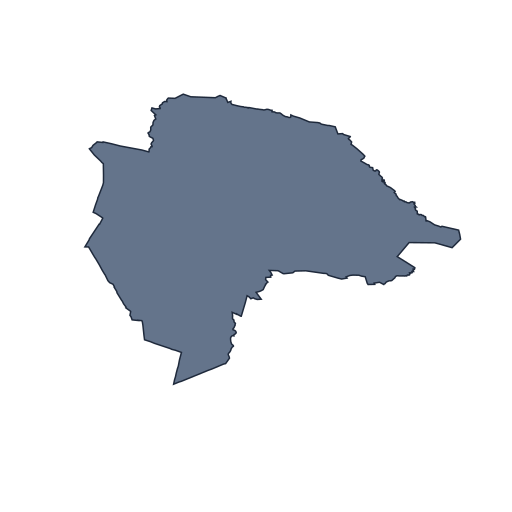 outline of Stāmerienas pag., Gulbene, Latvia, rotated 17°
{"feature_id": "27541924B77820831407347", "entity_name": "Stāmerienas pag.", "entity_type": "district", "adm_level": 2, "iso_a3": "LVA", "parent_name": "Latvia", "parent_adm1": "Gulbene", "projection": "natural_earth1", "projection_center": [26.964, 57.231], "detail": "fine", "context": "isolated", "style": "filled", "palette": "slate", "viewbox_px": 512, "rotation_deg": 17, "n_neighbors": 0, "source": "geoboundaries", "source_scale": "gbopen_adm2", "svg_char_len": 6088}
<svg xmlns="http://www.w3.org/2000/svg" viewBox="0 0 512 512"><g transform="rotate(17 256 256)"><path d="M411.4,220.9L410.9,220.6L391.2,215.3L392.8,211.7L398.5,198.4L423.2,191.1L441.1,190.7L446.7,180.1L444.5,175.8L442.2,172.0L425.3,173.2L425.0,173.3L424.3,174.2L424.0,174.2L421.8,174.0L417.7,174.0L412.2,172.4L408.7,172.2L408.8,172.6L408.3,172.7L406.9,169.3L406.6,168.9L406.2,169.2L405.5,169.1L404.7,168.5L404.0,168.3L403.0,168.7L402.4,168.2L401.8,168.1L400.7,168.4L400.4,168.8L399.7,168.7L399.4,168.9L398.8,168.7L398.6,168.4L397.9,168.5L397.1,166.0L395.5,165.6L394.8,165.0L394.8,164.3L393.3,163.0L394.8,162.3L393.9,162.0L393.6,161.6L393.6,161.3L392.2,160.3L391.8,159.8L391.9,159.4L392.4,159.4L392.5,159.0L391.9,158.7L391.9,158.3L390.8,158.6L389.9,158.3L388.0,159.2L387.8,159.7L387.5,159.8L387.0,160.5L384.7,160.8L383.7,160.4L382.0,160.7L381.6,160.1L380.6,160.4L380.1,160.1L377.4,159.8L377.0,160.1L374.6,158.8L373.5,157.6L372.5,157.3L371.8,155.8L370.6,155.4L369.6,154.9L370.2,153.6L369.6,153.1L365.0,151.4L363.7,151.1L360.4,150.7L359.7,150.0L357.6,149.2L357.5,148.9L358.1,148.3L357.3,147.6L357.0,147.6L355.8,148.0L354.5,147.6L354.4,147.4L354.5,147.3L356.0,147.0L356.4,146.8L356.6,146.3L356.2,145.8L355.1,146.2L354.7,146.3L354.3,146.1L353.9,145.7L354.2,145.0L354.1,144.5L353.7,144.0L352.9,143.5L351.6,143.1L351.1,142.7L349.9,142.2L349.6,142.0L349.5,139.7L348.9,139.1L347.0,138.3L346.2,138.3L345.8,138.7L345.6,139.6L345.3,139.8L344.5,140.0L343.3,139.8L342.9,139.6L341.7,137.4L339.7,137.7L338.7,137.7L338.2,137.3L337.9,136.3L337.3,136.0L336.6,135.9L335.6,136.1L332.8,135.4L328.5,134.5L328.4,133.1L329.5,132.2L330.6,130.7L330.7,129.1L330.9,128.9L330.9,128.7L328.7,127.4L321.1,123.9L315.7,121.8L314.3,121.5L314.1,119.0L312.0,117.7L310.6,117.3L310.0,116.7L311.2,114.6L311.2,114.2L304.1,114.2L303.1,113.6L298.6,115.3L294.0,109.3L287.7,109.8L286.5,110.2L279.9,110.8L278.0,110.1L277.6,110.3L276.2,110.3L267.8,112.2L257.5,111.2L250.8,111.3L248.1,110.9L248.6,112.9L248.0,113.6L247.0,113.9L245.1,113.8L243.3,114.1L240.2,113.4L238.7,112.7L237.0,112.2L234.5,113.0L232.9,113.2L231.8,112.8L229.1,113.4L228.8,112.5L228.8,112.0L227.3,112.3L225.1,112.2L223.5,112.5L221.6,113.7L220.6,114.1L219.0,114.2L218.0,114.5L216.8,114.6L216.4,114.8L214.7,114.9L214.6,115.1L214.1,115.2L205.8,116.1L205.2,116.4L205.5,116.6L205.2,116.8L204.0,116.5L203.6,116.7L202.8,116.7L201.5,117.2L200.5,117.0L197.8,117.5L194.4,117.8L190.5,118.0L188.8,118.1L187.6,117.4L187.0,116.5L186.8,115.4L184.1,117.4L182.4,115.3L181.4,114.3L181.3,113.7L174.7,113.0L172.9,114.5L170.9,116.5L147.1,122.8L139.1,122.5L132.5,128.9L126.0,130.6L125.6,131.2L125.0,133.0L125.7,134.4L123.5,134.9L121.8,136.8L121.9,137.9L120.0,140.3L120.0,141.6L120.9,142.2L121.2,143.0L117.0,144.7L113.2,144.8L113.2,147.5L118.9,150.3L117.8,151.3L120.1,154.3L118.8,156.1L118.5,158.3L119.1,160.8L118.2,162.5L117.8,163.1L117.8,164.2L118.3,165.4L118.5,166.6L118.3,167.9L118.1,168.5L116.9,169.5L116.8,170.0L118.5,171.5L118.7,172.5L119.7,173.0L123.0,173.6L124.0,175.1L124.2,175.5L124.1,176.0L123.1,178.2L122.9,179.6L124.2,180.9L124.6,181.8L123.6,182.2L123.4,183.3L123.0,184.3L122.6,184.8L122.7,185.7L123.1,186.8L123.1,187.8L115.9,188.0L94.0,190.5L85.0,190.9L76.4,191.6L76.4,192.2L70.7,193.3L70.3,194.2L67.8,197.8L67.1,200.5L65.9,201.5L65.3,202.2L71.9,206.7L79.7,210.6L81.2,211.6L83.0,212.3L86.6,223.5L88.7,230.5L88.8,233.0L88.6,236.0L87.9,245.3L87.7,246.3L87.9,248.2L87.6,253.9L87.5,261.8L90.7,262.2L97.9,264.3L98.2,264.4L98.4,264.8L97.1,271.4L96.7,271.4L91.7,288.1L91.7,289.4L89.7,297.3L93.3,296.3L99.8,302.3L102.7,304.9L103.0,305.0L108.8,310.3L112.8,314.3L116.8,317.9L117.1,318.0L121.6,322.9L123.9,324.3L127.5,324.8L129.4,326.6L129.7,327.1L129.5,327.3L133.3,330.7L133.8,331.8L140.7,337.9L141.3,338.2L143.3,340.4L146.6,342.8L147.0,343.6L146.9,343.7L152.1,345.5L152.4,345.8L152.8,349.6L154.2,350.6L156.2,353.3L162.4,352.1L162.2,351.9L165.7,351.2L166.5,352.1L168.0,355.1L172.0,364.5L173.9,368.7L180.1,368.8L184.3,369.2L200.8,369.6L202.8,369.9L206.3,369.7L212.9,370.0L213.2,377.7L213.9,384.1L213.8,386.8L214.0,391.4L214.3,394.9L214.3,398.3L214.7,402.7L219.1,399.1L221.2,397.7L243.6,379.4L246.8,377.0L256.6,368.8L258.4,367.8L260.5,361.5L260.0,360.5L258.4,358.6L258.2,358.3L258.1,357.6L258.3,356.9L258.9,355.8L259.4,353.9L259.4,351.9L259.9,350.1L260.8,348.9L260.6,348.4L260.4,348.2L258.9,347.6L258.4,347.3L257.6,346.2L257.0,345.4L256.1,343.3L255.7,342.0L255.6,341.2L256.4,339.4L256.9,339.0L257.5,338.8L258.2,338.9L258.1,338.4L257.8,338.2L258.0,337.5L258.5,337.2L259.1,336.2L259.3,335.6L259.5,335.4L259.4,334.9L258.6,333.9L257.5,333.4L255.5,333.2L255.3,332.3L255.9,331.0L256.1,329.7L256.1,328.7L256.3,328.2L256.0,327.6L256.0,326.4L254.3,325.5L253.9,324.3L253.4,323.9L253.2,323.3L252.3,323.2L251.9,322.9L251.5,321.8L251.5,321.3L251.3,321.1L251.1,320.3L251.2,320.2L249.7,316.8L254.5,317.4L254.4,317.0L258.9,318.0L259.5,317.9L259.4,303.8L259.1,296.6L261.3,297.1L263.6,298.4L264.6,297.5L265.7,296.8L267.1,297.2L269.9,297.2L273.6,295.8L266.7,290.7L269.8,288.8L271.2,287.6L272.7,286.0L273.1,282.8L273.8,279.7L273.7,279.7L274.1,279.1L274.6,277.6L274.9,277.4L272.1,275.8L271.7,273.6L276.3,271.9L275.6,270.3L277.0,269.5L275.1,267.5L272.9,265.9L281.5,263.6L287.0,264.9L287.9,264.8L296.1,261.3L297.7,259.0L307.9,255.6L325.9,252.8L326.8,252.5L328.5,252.2L329.1,252.3L330.8,253.3L340.9,253.2L344.6,253.0L349.5,250.5L348.3,249.6L351.4,247.2L354.3,245.9L360.0,244.3L362.8,244.4L366.5,243.9L370.3,249.5L371.5,250.5L377.8,248.4L376.9,247.4L381.8,245.0L386.5,245.9L386.6,245.4L387.4,244.8L388.2,242.8L390.5,240.8L392.1,240.3L393.0,239.8L395.2,236.2L395.3,235.2L395.4,234.9L396.4,233.8L397.5,233.4L398.8,233.2L402.9,231.9L404.3,231.6L404.8,231.2L406.0,231.0L406.2,230.1L406.7,229.7L407.8,229.6L407.9,229.4L408.3,229.1L408.2,228.4L408.5,228.0L408.4,227.8L408.0,227.6L407.7,227.2L408.5,226.9L408.8,227.1L409.5,226.7L410.0,226.6L410.2,226.0L409.9,225.4L409.6,225.2L409.8,224.9L411.3,224.8L411.2,224.4L410.4,224.2L410.5,223.5L410.4,223.3L410.5,223.1L410.1,222.6L410.8,222.3L411.4,222.3L411.4,222.1L411.1,222.0L411.3,221.7L411.2,221.2L411.4,220.9Z" fill="#64748b" stroke="#1e293b" stroke-width="1.5"/></g></svg>